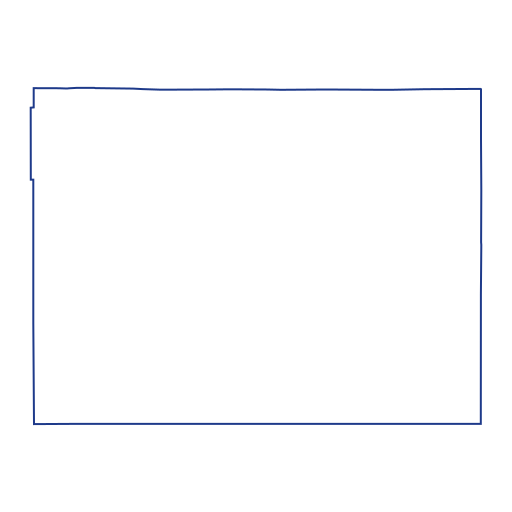 Modoc, California, United States of America (Mercator projection)
{"feature_id": "52423323B31115231658227", "entity_name": "Modoc", "entity_type": "district", "adm_level": 2, "iso_a3": "USA", "parent_name": "United States of America", "parent_adm1": "California", "projection": "mercator", "projection_center": [-120.863, 41.591], "detail": "fine", "context": "isolated", "style": "outline", "palette": "blue", "viewbox_px": 512, "rotation_deg": 0, "n_neighbors": 0, "source": "geoboundaries", "source_scale": "gbopen_adm2", "svg_char_len": 574}
<svg xmlns="http://www.w3.org/2000/svg" viewBox="0 0 512 512"><path d="M69.5,423.9L325.9,423.9L480.8,423.9L480.9,293.9L481.3,244.9L481.1,242.3L481.3,190.7L481.0,138.9L481.0,89.2L480.4,88.9L424.7,89.2L392.3,89.8L380.1,89.8L379.3,89.8L326.0,89.5L280.9,89.8L267.0,89.5L266.4,89.5L229.9,89.3L209.1,89.5L161.1,89.7L142.6,89.1L133.0,88.6L95.4,88.1L94.4,87.9L76.2,87.9L68.7,88.3L68.2,88.4L66.8,88.5L60.7,88.3L55.8,88.2L37.6,88.2L36.2,88.1L33.7,88.1L33.7,107.4L30.7,107.7L30.8,179.7L33.3,179.7L33.3,323.0L34.0,424.1L69.5,423.9Z" fill="none" stroke="#1e3a8a" stroke-width="2"/></svg>